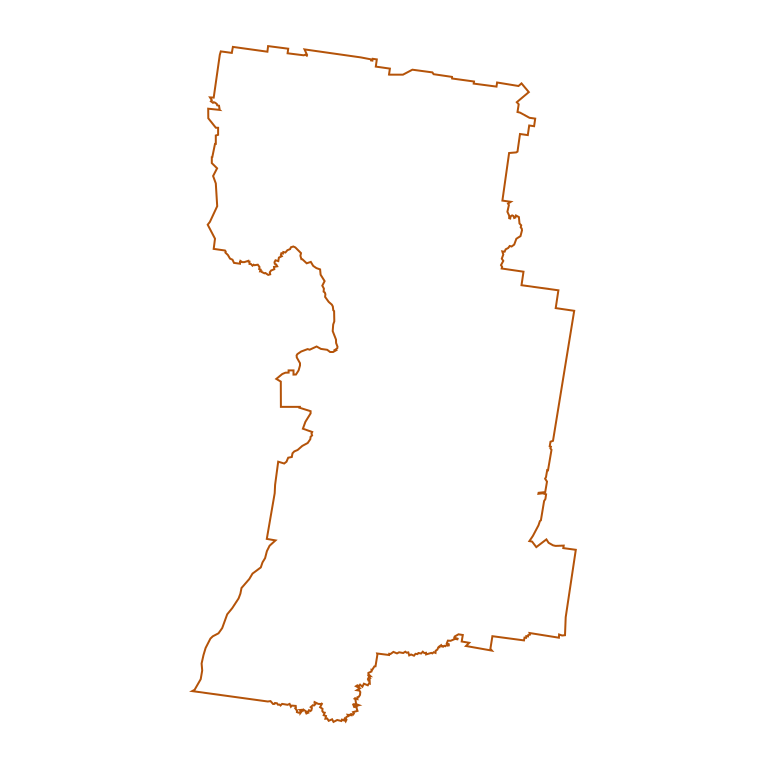 Pyrenees, Victoria, Australia (Natural Earth projection)
{"feature_id": "25037944B34836506967909", "entity_name": "Pyrenees", "entity_type": "district", "adm_level": 2, "iso_a3": "AUS", "parent_name": "Australia", "parent_adm1": "Victoria", "projection": "natural_earth1", "projection_center": [143.347, -37.328], "detail": "fine", "context": "isolated", "style": "outline", "palette": "amber", "viewbox_px": 768, "rotation_deg": 0, "n_neighbors": 0, "source": "geoboundaries", "source_scale": "gbopen_adm2", "svg_char_len": 6089}
<svg xmlns="http://www.w3.org/2000/svg" viewBox="0 0 768 768"><path d="M267.8,701.5L270.5,701.1L273.1,704.0L274.5,703.9L275.0,703.0L277.0,703.3L278.0,704.7L279.6,704.6L280.5,705.5L282.1,703.9L287.6,704.8L289.6,703.9L290.9,706.7L291.8,705.6L295.7,705.9L295.9,707.7L295.2,708.2L297.0,710.7L296.9,712.1L298.6,712.7L300.2,712.1L300.3,713.2L301.8,711.2L300.0,710.0L301.9,709.8L302.9,710.6L303.4,709.6L306.8,711.9L305.9,712.5L306.4,713.5L308.3,712.7L307.8,711.9L309.0,710.2L310.2,711.1L311.3,710.4L311.9,708.0L310.7,707.1L312.9,705.2L314.0,705.5L315.4,704.2L315.6,702.9L314.5,702.7L314.6,702.1L318.3,703.9L321.2,704.0L322.3,703.1L320.1,707.2L322.5,708.8L322.3,711.0L323.3,712.4L324.7,712.7L323.7,715.2L326.0,716.0L325.4,718.7L327.2,718.5L328.7,720.8L332.1,719.3L333.5,721.9L337.2,720.0L341.4,721.0L342.0,719.6L343.9,720.4L344.5,719.0L345.7,721.3L346.5,719.7L345.7,718.4L346.5,716.9L348.4,716.1L347.7,714.8L351.0,715.2L350.6,714.3L351.1,714.0L353.0,714.7L353.9,713.5L353.1,712.1L357.5,710.9L356.5,707.8L356.8,706.6L354.2,707.0L353.2,704.5L354.0,704.1L357.0,705.7L359.0,705.2L356.1,704.1L355.4,699.1L354.6,698.7L355.1,698.2L357.5,699.1L357.5,697.2L358.8,696.8L360.0,694.9L360.3,692.1L359.4,690.6L356.9,690.2L359.9,688.3L356.0,686.2L357.4,685.3L359.1,686.1L360.1,684.7L362.4,686.7L363.9,683.7L367.8,685.3L369.1,683.2L369.8,683.5L369.6,679.9L368.5,680.5L367.9,679.1L368.6,677.7L369.8,677.8L368.7,676.0L370.4,676.1L368.4,674.2L368.4,672.9L371.5,671.5L371.5,669.8L372.1,670.0L374.4,666.4L375.5,666.3L377.4,654.6L377.1,653.5L389.1,655.0L389.2,653.8L390.5,654.0L393.4,651.9L397.0,653.4L399.1,652.3L403.2,653.0L405.3,651.7L406.6,652.7L408.3,652.4L409.2,655.4L411.1,654.5L414.0,655.7L415.5,653.8L417.5,654.1L418.4,653.0L421.1,653.5L422.8,651.7L424.3,653.1L426.0,652.8L426.1,654.4L431.3,652.9L432.3,653.4L433.8,652.2L435.5,652.9L435.7,650.7L437.4,649.6L438.2,647.5L439.3,647.3L439.1,646.6L441.1,645.2L441.5,646.3L442.6,646.0L443.1,646.7L444.4,645.8L445.4,646.2L447.1,644.5L447.7,645.6L448.8,645.4L448.8,644.2L446.8,643.3L447.9,640.6L450.6,640.8L455.1,638.9L457.4,639.3L457.6,638.7L454.3,637.6L454.7,636.5L458.5,634.3L462.8,635.0L461.7,641.5L469.2,642.8L466.0,646.0L491.9,650.6L490.4,648.8L492.4,636.2L524.0,640.4L524.5,637.6L526.1,637.8L526.3,636.1L528.0,636.4L528.2,635.1L529.9,634.6L529.5,633.0L558.9,637.7L559.1,634.5L562.1,635.5L565.0,635.2L565.7,617.2L575.8,549.8L563.3,548.1L563.7,545.6L555.5,545.9L553.0,545.3L548.6,542.8L546.4,539.4L536.3,547.1L532.1,541.6L529.4,541.1L532.9,535.9L538.5,525.3L539.9,521.1L540.9,520.3L544.1,501.0L545.4,499.0L546.1,494.3L542.6,493.3L538.4,493.8L538.6,492.8L545.2,492.1L547.0,481.6L545.1,478.7L546.0,477.1L547.2,470.1L548.0,470.3L551.5,449.8L550.4,448.4L550.9,446.7L549.7,446.3L550.5,441.7L553.0,440.8L574.2,310.8L555.7,308.1L558.4,290.3L521.5,285.2L523.5,271.7L501.7,268.5L502.1,266.8L501.0,265.1L503.3,260.9L501.8,258.7L503.3,254.5L502.3,251.4L504.6,251.7L505.7,249.3L508.2,248.0L509.7,246.0L511.6,246.5L514.2,244.6L516.4,238.7L520.5,236.1L522.0,230.3L521.7,228.5L520.7,227.4L521.2,225.3L519.5,223.5L518.9,217.1L516.0,215.5L515.4,217.5L514.2,218.0L513.5,216.0L512.1,215.4L510.6,216.3L510.2,218.5L509.2,218.2L509.2,215.7L507.4,211.8L508.9,205.1L508.0,203.6L510.8,201.8L502.4,200.6L509.1,153.0L516.2,152.4L517.5,151.6L520.0,134.0L527.8,135.1L529.2,125.5L534.1,126.2L535.2,118.6L529.5,117.8L520.0,112.6L517.5,112.0L518.7,104.3L516.8,102.2L528.8,92.1L521.5,83.4L518.5,86.0L497.1,82.5L496.5,86.6L473.7,83.6L474.0,81.5L452.1,78.5L452.0,76.9L433.6,74.2L432.4,72.4L412.4,69.7L402.9,74.7L389.5,74.7L389.0,74.6L389.9,68.6L375.8,66.6L376.8,59.4L372.7,58.8L372.4,60.6L371.1,60.4L371.2,59.4L360.8,57.4L304.5,49.4L307.1,55.0L306.8,55.7L305.3,54.7L303.8,55.3L287.6,53.3L288.2,48.7L268.1,46.1L267.4,51.7L232.9,46.9L231.8,52.9L220.8,51.4L219.8,54.8L213.7,97.6L210.0,97.4L211.8,100.2L210.9,101.3L213.0,102.8L213.8,102.2L215.3,102.8L216.9,104.1L217.2,105.3L219.0,105.7L219.5,108.6L219.0,109.2L219.7,109.9L208.2,108.7L208.3,118.3L215.8,127.7L218.1,127.8L218.1,134.8L215.8,135.5L215.8,143.9L215.0,143.9L212.3,157.1L211.8,157.2L211.8,163.1L217.1,168.3L213.1,176.0L215.8,183.4L217.2,206.2L209.9,221.9L207.7,224.7L215.0,238.7L213.7,248.9L225.0,250.5L225.7,251.5L225.4,252.6L227.9,255.0L230.0,258.6L232.5,259.7L234.0,262.9L240.0,263.7L240.0,261.8L240.7,261.9L240.7,261.1L242.2,262.1L244.4,262.1L248.4,260.8L248.6,261.7L249.5,261.7L249.5,263.9L250.9,264.0L252.5,265.7L253.6,264.7L254.5,265.2L257.8,264.7L259.5,267.0L259.2,269.1L260.6,269.6L260.1,271.3L261.5,271.2L261.6,271.9L264.4,273.3L265.4,273.0L268.2,274.9L270.2,274.3L269.8,272.3L271.1,270.5L274.3,269.2L274.0,266.9L277.2,266.3L276.2,264.5L274.8,263.8L274.5,262.2L275.5,260.3L278.3,261.1L278.9,257.6L281.8,256.2L280.8,255.0L281.4,253.2L282.9,253.6L283.3,252.0L285.4,252.5L287.4,250.2L290.1,249.1L290.9,247.3L293.3,246.5L295.3,247.4L301.0,253.1L300.4,255.8L301.4,259.2L302.3,259.2L306.7,263.3L310.8,261.9L313.2,265.9L316.4,268.1L320.1,269.4L320.6,274.7L324.6,281.1L322.3,285.7L323.9,288.6L323.6,291.6L324.8,292.5L325.4,294.2L325.1,296.9L328.7,301.9L331.8,304.6L332.8,306.4L333.3,310.3L334.1,311.1L334.3,321.3L333.2,324.5L332.7,331.1L336.0,339.6L336.1,343.0L337.5,346.7L337.2,348.4L334.9,349.9L335.9,350.4L333.1,352.0L330.1,352.0L327.2,349.8L320.9,348.9L316.6,346.5L309.7,349.7L307.6,349.1L301.2,351.5L297.4,354.1L296.6,355.4L296.8,357.5L300.0,363.2L300.0,365.5L298.6,370.4L296.0,374.5L293.5,374.6L293.5,370.4L288.6,370.4L288.6,372.6L285.4,372.7L282.3,374.0L276.3,378.9L280.8,381.6L280.9,406.9L299.7,406.9L299.4,407.7L310.6,411.2L310.6,413.4L305.4,421.8L302.9,428.7L312.2,432.0L311.5,433.6L312.1,435.4L310.6,436.8L310.3,439.2L307.7,443.0L302.3,445.9L297.6,450.0L294.3,451.4L292.5,453.3L291.8,457.0L288.2,457.7L286.5,461.7L284.2,463.5L278.2,461.7L275.1,484.8L274.7,493.2L266.8,538.9L275.5,540.4L269.6,545.7L266.9,551.1L265.1,558.1L262.5,562.4L260.8,567.4L252.5,573.6L249.3,579.0L241.5,588.0L240.4,593.6L238.6,598.4L232.2,608.2L227.2,614.3L222.2,628.1L218.5,633.3L212.8,636.3L210.4,638.6L205.6,648.0L203.5,655.0L201.6,663.5L202.2,670.5L200.7,679.2L194.6,689.8L192.2,691.1L267.8,701.5Z" fill="none" stroke="#b45309" stroke-width="2"/></svg>